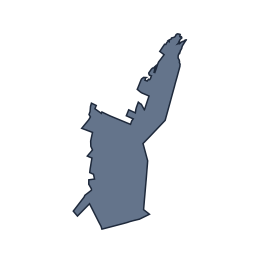 the district of Francisco I. Madero, Coahuila, Mexico, rotated 196°
{"feature_id": "50627088B35500678821853", "entity_name": "Francisco I. Madero", "entity_type": "district", "adm_level": 2, "iso_a3": "MEX", "parent_name": "Mexico", "parent_adm1": "Coahuila", "projection": "natural_earth1", "projection_center": [-103.245, 26.23], "detail": "fine", "context": "isolated", "style": "filled", "palette": "slate", "viewbox_px": 256, "rotation_deg": 196, "n_neighbors": 0, "source": "geoboundaries", "source_scale": "gbopen_adm2", "svg_char_len": 3733}
<svg xmlns="http://www.w3.org/2000/svg" viewBox="0 0 256 256"><g transform="rotate(196 128 128)"><path d="M83.6,51.0L90.5,53.8L92.4,63.4L96.8,85.9L98.1,92.2L99.4,98.8L99.9,101.1L100.0,101.8L108.9,116.6L109.3,117.2L106.1,123.2L103.5,128.1L97.7,139.3L94.4,145.6L94.5,155.1L94.6,164.7L94.7,171.2L94.8,180.8L94.9,183.9L94.9,190.5L95.0,197.2L95.0,198.5L95.1,201.8L95.3,202.4L95.3,202.5L95.4,202.9L95.4,203.1L95.4,203.3L95.5,203.6L95.6,203.8L95.7,204.0L95.8,204.1L96.0,204.3L96.3,204.6L96.4,204.8L96.5,204.9L96.6,205.0L96.7,205.3L96.8,206.1L97.5,207.5L99.0,208.9L99.2,209.5L99.4,210.0L99.6,210.9L99.7,211.3L99.7,212.6L99.6,212.9L99.4,213.3L99.0,213.6L98.9,213.9L99.0,214.1L99.0,214.3L99.3,214.3L99.2,214.7L99.0,215.3L98.9,215.4L98.9,216.5L99.0,217.0L98.9,217.1L98.9,217.3L98.7,217.5L98.3,219.4L98.3,219.5L98.4,219.9L98.4,221.4L98.4,221.8L98.0,223.3L97.9,223.5L97.2,226.1L96.7,227.6L96.4,228.4L96.3,228.6L96.3,228.8L96.5,228.8L97.2,228.2L97.8,227.8L97.9,227.6L97.8,227.4L98.4,226.7L98.1,226.4L99.1,226.4L99.3,226.3L99.9,225.8L100.2,225.4L100.7,225.0L101.1,224.2L101.3,223.7L101.5,223.6L101.9,223.1L102.2,223.3L102.6,223.1L102.8,222.9L103.0,222.9L103.4,222.6L103.0,223.5L102.6,224.4L102.3,224.9L102.3,225.0L102.8,225.2L102.6,225.8L102.5,226.6L102.4,226.8L102.3,227.4L102.0,227.8L101.6,228.6L101.1,229.4L102.2,229.8L102.3,230.3L102.2,230.5L102.3,230.5L102.9,230.0L103.1,230.0L103.3,230.1L103.4,230.3L103.5,230.4L103.5,230.6L103.6,230.9L103.6,231.0L103.5,231.4L103.6,231.6L103.7,231.8L103.7,232.0L103.6,232.3L103.8,232.4L104.5,232.3L105.4,232.3L105.8,232.2L106.3,232.2L106.7,231.9L107.2,231.5L107.3,231.3L107.3,231.2L107.5,230.8L107.6,230.7L107.5,230.4L107.7,229.9L107.7,229.7L108.2,228.4L108.5,228.1L109.4,227.5L109.5,227.4L110.0,227.1L110.8,226.7L111.0,226.5L111.0,225.6L111.1,225.4L111.4,225.1L112.9,223.8L113.2,223.4L113.4,223.2L112.9,223.1L112.7,223.2L112.6,223.4L112.4,223.5L112.2,222.4L113.0,222.7L113.6,221.9L114.1,221.2L114.4,220.2L114.7,218.7L115.9,218.6L116.0,218.5L116.2,217.6L116.6,216.5L117.1,215.0L118.2,211.5L118.6,210.4L113.5,208.4L114.4,206.0L114.6,205.6L115.4,203.4L115.7,202.6L116.2,201.4L116.8,199.9L116.8,199.7L117.0,198.4L117.1,196.6L117.1,196.2L117.1,195.9L117.2,194.9L117.2,193.8L117.2,193.2L117.4,190.7L117.4,190.3L117.5,188.9L117.5,188.7L118.3,188.7L118.5,191.8L118.6,195.1L119.2,194.1L119.4,193.9L119.5,193.7L119.7,193.0L120.1,192.7L120.6,192.5L120.9,192.4L121.1,192.1L121.3,191.7L121.8,190.9L121.9,190.6L122.3,189.4L123.2,186.8L123.2,186.4L122.6,185.6L122.5,185.1L121.6,184.6L121.3,184.6L121.2,184.6L120.9,184.8L120.1,184.4L119.9,184.5L119.9,184.0L120.0,181.9L120.5,180.4L121.7,180.5L122.5,178.4L123.6,178.5L124.9,178.6L124.8,179.5L125.0,180.8L124.4,181.5L126.7,181.0L127.0,180.9L127.2,180.6L128.5,178.8L128.6,178.5L128.8,176.9L129.1,174.2L129.2,172.8L129.3,172.1L129.6,169.0L129.7,168.3L129.8,167.7L125.9,166.0L124.6,165.6L123.6,165.4L123.2,165.4L118.6,164.8L116.6,164.5L116.9,157.9L117.2,150.2L117.3,150.0L121.8,154.5L122.9,154.7L125.2,155.7L125.6,150.6L125.6,148.0L125.1,144.6L132.3,145.7L133.0,139.3L125.5,138.2L126.4,135.8L126.6,132.2L132.1,132.8L133.7,133.0L147.9,134.6L149.3,134.8L153.5,135.5L157.5,136.2L157.7,134.7L165.1,137.4L164.7,140.9L170.0,141.8L170.0,138.4L169.0,133.3L169.2,130.2L167.2,128.3L168.0,125.1L172.4,114.9L160.9,114.0L160.3,105.2L160.1,104.5L158.7,100.2L156.1,97.1L159.4,89.8L157.2,89.5L154.4,89.2L153.1,78.2L152.5,74.6L148.4,74.0L146.1,69.7L151.4,67.4L150.2,63.1L146.4,59.4L146.0,58.1L146.2,57.8L150.9,51.4L151.2,49.4L157.7,33.0L152.3,29.4L144.1,44.6L130.2,29.6L127.5,26.8L126.7,25.9L126.5,25.6L125.8,24.5L125.6,24.2L125.2,23.6L117.9,27.9L105.6,35.2L102.5,37.1L100.8,38.3L100.2,38.7L97.2,40.5L91.9,43.5L83.8,50.8L83.6,51.0Z" fill="#64748b" stroke="#1e293b" stroke-width="1.5"/></g></svg>